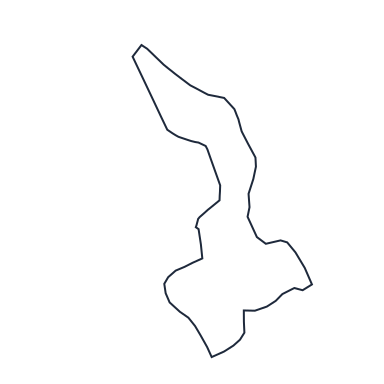 outline of Oshimili South, Delta, Nigeria, rotated 324°
{"feature_id": "59680162B32979491305099", "entity_name": "Oshimili South", "entity_type": "district", "adm_level": 2, "iso_a3": "NGA", "parent_name": "Nigeria", "parent_adm1": "Delta", "projection": "equal_earth", "projection_center": [6.686, 6.129], "detail": "fine", "context": "isolated", "style": "outline", "palette": "slate", "viewbox_px": 384, "rotation_deg": 324, "n_neighbors": 0, "source": "geoboundaries", "source_scale": "gbopen_adm2", "svg_char_len": 1381}
<svg xmlns="http://www.w3.org/2000/svg" viewBox="0 0 384 384"><g transform="rotate(324 192 192)"><path d="M174.4,222.7L175.5,225.9L168.4,239.6L161.3,251.8L150.8,249.6L142.0,248.2L132.6,246.0L122.7,246.9L120.6,247.8L115.6,250.0L111.2,258.4L109.0,268.2L111.8,281.8L115.2,291.6L115.7,302.2L114.7,312.8L113.1,326.4L110.9,337.1L124.1,339.9L135.2,340.6L144.0,339.7L151.7,336.6L157.7,327.5L164.3,318.3L173.1,325.0L185.2,328.7L195.7,329.3L205.1,327.7L218.3,329.8L223.8,336.5L234.7,337.3L238.6,319.7L240.2,301.6L239.4,288.7L235.2,283.2L221.3,277.3L218.0,266.6L222.4,244.7L229.6,238.1L236.7,226.7L249.3,217.5L252.5,214.6L258.6,209.1L262.0,203.9L263.6,201.4L264.0,198.6L264.3,196.3L265.7,185.9L266.2,182.6L267.6,173.4L267.9,171.9L271.2,163.2L272.3,160.5L273.4,155.9L274.4,152.3L274.4,152.2L275.0,149.9L273.3,134.8L269.7,130.9L269.5,130.6L262.2,122.8L260.2,118.8L256.2,110.5L253.3,104.7L250.2,94.6L247.8,86.6L245.2,77.2L243.9,72.3L239.9,49.7L237.5,43.4L223.5,47.6L218.2,76.0L214.6,95.1L211.3,112.4L209.2,123.8L208.6,127.1L210.8,133.2L212.2,136.6L213.5,139.4L215.9,142.8L217.9,145.6L219.4,147.7L221.3,150.3L224.0,153.5L226.3,155.8L230.1,162.8L229.5,166.6L226.4,177.0L218.7,203.2L214.7,208.3L212.3,211.2L209.4,214.9L195.4,215.7L194.7,215.7L189.0,216.3L183.4,216.8L181.1,217.4L180.6,217.8L180.2,218.2L177.6,220.3L175.9,221.7L174.4,222.7Z" fill="none" stroke="#1e293b" stroke-width="2"/></g></svg>